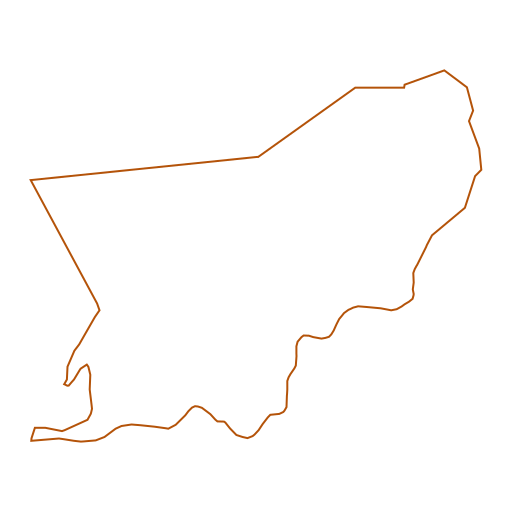 Deville, Soufrière, Saint Lucia
{"feature_id": "8701671B65041139962090", "entity_name": "Deville", "entity_type": "district", "adm_level": 2, "iso_a3": "LCA", "parent_name": "Saint Lucia", "parent_adm1": "Soufrière", "projection": "orthographic", "projection_center": [-61.051, 13.814], "detail": "fine", "context": "isolated", "style": "outline", "palette": "amber", "viewbox_px": 512, "rotation_deg": 0, "n_neighbors": 0, "source": "geoboundaries", "source_scale": "gbopen_adm2", "svg_char_len": 1922}
<svg xmlns="http://www.w3.org/2000/svg" viewBox="0 0 512 512"><path d="M45.7,439.6L59.0,438.5L63.8,439.2L73.9,440.8L80.9,441.6L82.5,441.5L83.9,441.4L95.7,440.4L104.5,437.0L115.6,428.7L121.5,426.0L131.5,424.5L140.2,425.2L154.6,426.7L166.1,428.3L168.3,428.7L175.7,424.8L185.3,415.3L188.4,411.2L192.0,407.6L195.0,406.2L197.9,406.5L201.9,407.8L210.4,414.2L215.3,419.6L217.4,421.4L224.0,421.6L225.3,422.5L230.0,428.4L236.4,435.0L242.6,437.0L247.5,438.1L252.6,436.1L254.5,434.6L258.6,430.2L262.7,424.0L267.8,417.4L270.3,414.8L279.3,413.9L283.3,412.0L284.1,411.1L284.6,410.4L286.5,407.1L286.9,395.7L287.0,394.6L287.1,393.2L287.3,389.6L287.3,381.0L288.6,377.3L290.5,374.0L294.3,368.5L295.8,365.6L296.3,359.0L296.5,356.2L296.4,353.5L296.4,346.3L297.6,341.7L301.5,337.1L303.6,335.5L308.9,335.7L313.2,337.1L321.5,338.6L325.4,337.9L329.0,336.8L331.3,334.4L333.7,330.5L335.8,325.8L336.5,324.3L337.4,322.5L339.2,319.0L341.7,316.0L344.0,313.1L348.5,309.8L350.4,309.0L353.2,307.6L356.3,306.8L358.1,306.3L366.7,307.0L380.7,308.3L387.6,309.6L391.2,310.3L396.7,309.2L401.6,306.5L404.6,304.3L409.0,301.7L412.6,298.8L412.8,298.0L413.5,295.5L413.6,294.8L413.7,294.0L413.3,292.0L412.8,289.4L413.7,282.6L413.3,273.1L413.8,271.6L414.8,269.0L416.5,265.9L417.1,265.0L426.1,247.0L426.8,245.2L432.0,235.3L464.9,207.8L475.1,176.1L481.3,169.8L479.2,148.6L469.0,121.1L473.1,110.6L466.9,87.3L444.3,70.4L404.6,84.7L404.1,87.7L355.2,87.7L258.1,157.0L257.4,156.9L30.7,180.1L97.1,303.5L99.5,310.3L94.9,317.0L84.5,335.1L79.2,344.4L74.4,350.7L67.5,366.7L66.9,379.5L64.8,383.2L64.2,384.2L64.9,384.5L67.3,385.7L68.7,385.6L71.5,382.3L74.0,379.5L79.8,369.9L80.6,368.7L86.8,364.6L87.4,365.4L88.4,366.9L89.4,371.0L90.3,374.8L90.1,379.6L89.7,389.5L91.5,404.3L92.0,408.8L91.0,413.1L90.6,414.2L88.3,418.3L87.5,419.8L64.6,430.2L62.0,431.1L45.3,427.8L42.3,427.8L34.9,427.8L31.5,438.3L31.3,440.8L39.7,440.1L45.7,439.6Z" fill="none" stroke="#b45309" stroke-width="2"/></svg>